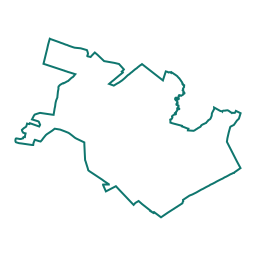 Radovan, Dolj, Romania (Natural Earth projection)
{"feature_id": "2599482B75372531804505", "entity_name": "Radovan", "entity_type": "district", "adm_level": 2, "iso_a3": "ROU", "parent_name": "Romania", "parent_adm1": "Dolj", "projection": "natural_earth1", "projection_center": [23.572, 44.174], "detail": "fine", "context": "isolated", "style": "outline", "palette": "teal", "viewbox_px": 256, "rotation_deg": 0, "n_neighbors": 0, "source": "geoboundaries", "source_scale": "gbopen_adm2", "svg_char_len": 5514}
<svg xmlns="http://www.w3.org/2000/svg" viewBox="0 0 256 256"><path d="M105.9,191.4L115.9,186.2L119.9,190.5L133.6,204.9L135.4,202.9L138.6,201.0L142.0,204.0L151.0,211.1L150.7,211.3L153.3,212.9L153.6,212.3L154.5,212.8L154.6,212.5L161.0,217.3L167.9,212.6L182.4,203.3L182.5,202.7L182.7,202.1L183.0,201.6L183.2,201.4L183.0,199.9L189.5,195.6L190.2,195.3L192.3,194.5L193.9,193.7L196.3,192.5L201.5,189.5L202.7,189.0L206.3,187.0L209.5,185.4L210.2,184.8L212.5,183.8L214.0,183.0L214.8,182.6L216.3,181.7L218.6,180.5L221.6,179.0L222.4,178.7L224.7,177.3L226.1,176.7L228.7,175.3L230.2,174.4L232.1,173.6L232.7,173.2L234.1,172.9L234.2,172.5L240.5,168.1L236.7,161.0L226.9,141.8L227.4,138.3L228.7,132.6L230.2,127.1L230.6,126.6L233.9,124.9L236.9,120.6L238.9,118.7L240.6,113.2L235.9,110.9L235.5,111.8L235.0,112.6L234.9,112.8L234.3,112.9L232.3,112.8L231.9,113.1L230.6,112.1L229.6,111.5L229.0,111.0L228.1,110.5L227.6,110.3L226.3,110.4L226.0,110.4L225.5,110.6L223.2,110.7L222.4,111.1L222.3,111.5L222.1,111.3L220.4,111.0L214.1,107.5L214.1,108.1L214.4,108.6L212.6,111.9L211.9,113.4L211.8,114.0L211.8,114.8L211.6,116.0L210.7,118.2L210.4,118.7L210.0,119.2L209.4,119.6L208.3,120.2L208.0,120.8L207.4,121.3L206.0,123.0L205.3,123.2L204.5,123.7L203.6,124.0L201.6,125.1L201.1,125.6L200.7,126.5L200.2,126.9L198.0,128.1L197.2,128.7L196.3,129.2L194.7,130.3L193.6,130.8L187.9,130.4L188.0,129.8L188.4,128.7L187.2,128.4L183.7,127.0L182.1,126.5L181.9,126.4L182.0,125.8L172.1,123.2L170.4,122.6L170.4,122.2L170.4,121.0L170.4,120.5L170.2,119.9L170.2,119.6L170.3,119.5L170.4,119.4L171.4,119.2L172.0,118.4L172.4,117.5L172.4,117.4L172.0,116.7L172.0,116.3L172.5,115.8L173.0,115.4L174.4,114.5L174.7,114.4L175.6,114.4L175.8,114.3L175.9,114.2L175.9,113.9L174.9,113.6L174.8,113.4L174.8,113.2L175.0,113.0L176.0,112.8L176.1,112.7L176.1,111.7L176.7,111.2L177.3,110.3L177.4,110.1L177.2,109.4L177.3,109.1L177.6,108.9L177.9,108.9L178.1,108.9L178.3,109.1L179.2,109.1L179.3,109.0L179.3,108.8L179.2,108.6L178.8,108.3L177.4,108.3L177.3,108.2L177.7,107.7L177.9,107.2L178.4,106.8L178.5,106.7L178.5,105.6L178.4,105.4L178.1,105.2L176.8,105.0L176.5,104.8L176.5,104.7L176.4,104.5L176.5,103.8L176.7,103.6L177.4,103.2L177.6,103.1L177.6,102.8L177.1,102.5L177.1,102.1L177.3,101.6L177.1,101.4L176.9,100.7L176.7,100.4L176.5,100.2L176.0,100.3L175.8,100.3L175.7,100.2L175.7,99.8L175.5,99.3L175.1,99.1L175.1,98.8L175.3,98.1L175.6,97.8L175.8,97.7L176.4,97.7L176.7,97.9L177.3,98.9L177.6,99.2L178.3,99.4L178.5,99.3L178.8,98.9L178.8,98.5L178.7,98.4L178.1,97.9L178.0,97.7L178.1,97.3L178.6,97.0L178.9,96.6L178.7,96.2L178.7,95.9L178.9,95.3L179.2,95.2L179.7,95.1L180.2,95.3L180.9,95.8L181.2,95.8L181.9,95.3L182.9,94.8L183.1,94.5L183.1,94.2L183.6,93.7L184.3,93.6L184.4,93.4L184.5,93.2L184.4,92.8L184.3,92.7L184.1,92.7L183.6,93.0L183.3,92.9L183.3,92.7L183.4,91.8L183.6,91.3L183.4,91.0L182.7,90.5L182.6,90.3L182.7,90.1L183.2,89.5L183.0,88.7L183.1,88.4L183.8,87.5L184.1,87.0L184.1,86.7L183.9,86.2L184.2,85.5L184.2,85.2L183.9,85.0L183.2,85.0L182.9,84.5L182.7,84.3L182.9,84.1L182.9,83.9L182.7,83.7L182.3,83.4L182.3,82.8L182.2,82.5L181.7,81.8L181.4,81.5L181.1,80.9L179.6,78.8L179.2,78.2L178.9,78.1L177.5,76.5L177.3,76.2L175.1,74.6L174.5,74.3L173.0,73.2L172.2,72.8L171.2,72.0L170.9,72.1L170.7,72.2L170.7,72.6L170.4,72.4L170.1,72.3L169.2,72.2L168.6,72.5L167.3,71.8L165.8,71.4L162.9,80.4L142.0,64.1L140.9,65.0L140.7,65.0L139.6,65.8L138.4,66.8L137.7,67.3L136.8,68.2L135.4,69.1L133.1,71.0L132.1,71.9L130.6,73.0L129.9,73.7L129.0,74.4L127.8,75.2L125.0,77.9L124.1,78.7L123.4,79.3L122.1,80.4L118.9,82.6L117.2,83.5L116.2,84.1L113.8,85.6L109.1,83.9L111.9,81.5L113.6,80.2L115.7,78.4L119.9,74.9L122.8,72.6L122.9,72.4L121.8,71.6L123.7,69.7L123.9,69.4L119.0,64.0L118.6,63.9L114.4,62.9L104.1,61.1L97.4,54.7L94.8,52.5L91.7,55.7L90.6,57.0L87.6,56.3L87.3,56.1L87.3,55.8L87.4,55.4L87.9,54.2L88.0,53.5L87.4,51.3L86.9,50.1L80.7,48.3L74.7,47.7L73.0,47.2L69.2,45.9L66.8,44.9L65.9,44.7L62.6,43.4L61.3,43.0L59.3,42.2L50.9,39.2L49.8,38.7L49.1,41.1L48.1,44.7L47.1,49.2L46.2,52.8L44.9,58.1L43.5,63.8L64.1,70.6L64.6,70.7L65.0,71.0L66.5,71.4L67.8,71.9L69.9,72.5L75.3,74.2L74.6,75.0L74.2,75.6L73.2,76.7L72.8,77.1L72.0,77.5L71.0,78.3L70.0,79.2L69.7,79.6L68.9,80.2L68.3,80.9L67.1,81.4L65.2,82.5L64.2,83.0L64.2,82.9L63.0,83.2L60.5,84.6L59.7,85.2L59.1,86.0L58.7,86.3L58.4,87.2L58.4,87.6L58.5,88.3L58.3,89.8L58.0,91.1L57.9,91.9L57.4,96.7L57.4,97.4L56.2,100.3L55.6,102.6L55.3,104.7L55.1,106.4L54.6,108.6L54.3,110.6L54.0,112.3L53.6,114.8L52.4,114.7L40.1,112.9L39.6,113.0L36.7,113.9L34.7,114.6L34.4,115.0L33.9,115.7L32.0,119.4L38.1,121.3L38.6,121.6L38.9,121.9L40.1,124.8L39.2,126.5L29.9,123.2L29.6,124.0L29.4,124.1L27.1,123.6L27.0,124.3L26.7,124.9L26.4,125.9L26.2,126.5L25.8,126.9L23.9,128.1L22.2,129.6L21.9,129.9L22.0,130.6L22.6,131.8L22.8,132.1L23.0,132.3L23.3,132.8L25.6,133.4L25.1,135.4L24.9,137.1L23.9,137.0L23.5,137.2L23.2,137.4L23.1,138.3L22.3,138.5L21.6,138.8L21.1,138.9L20.6,139.0L19.8,139.0L16.5,138.4L16.0,138.5L15.8,138.6L15.7,138.9L15.4,140.1L15.4,140.7L15.5,141.4L15.8,142.1L16.1,142.3L19.1,143.2L21.7,143.5L32.2,145.0L33.2,145.0L33.5,143.0L34.8,139.8L35.0,139.8L38.8,141.1L40.6,141.5L42.0,140.0L43.2,138.3L45.8,135.1L47.0,134.1L49.3,132.6L52.3,130.6L54.7,128.7L59.0,129.4L60.2,129.6L65.2,131.5L68.4,132.8L69.5,133.5L72.0,135.4L74.6,137.5L75.3,138.0L76.4,138.6L81.4,141.0L84.3,142.4L84.4,145.5L84.5,147.5L84.7,152.1L85.1,160.1L85.6,161.4L86.8,165.3L87.9,168.8L88.2,170.1L88.4,170.4L89.4,171.2L102.4,179.8L104.1,181.1L108.8,184.2L108.8,184.5L103.1,184.5L103.0,184.8L105.9,191.4Z" fill="none" stroke="#0f766e" stroke-width="2"/></svg>